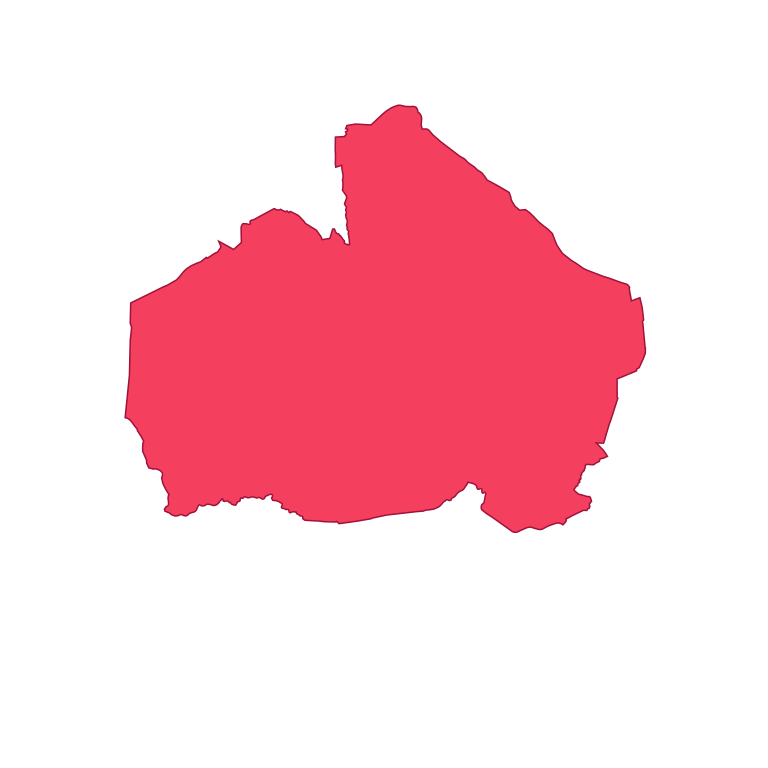 Jacona, Michoacán, Mexico, rotated 138°
{"feature_id": "50627088B36086667335144", "entity_name": "Jacona", "entity_type": "district", "adm_level": 2, "iso_a3": "MEX", "parent_name": "Mexico", "parent_adm1": "Michoacán", "projection": "mercator", "projection_center": [-102.302, 19.941], "detail": "fine", "context": "isolated", "style": "filled", "palette": "rose", "viewbox_px": 768, "rotation_deg": 138, "n_neighbors": 0, "source": "geoboundaries", "source_scale": "gbopen_adm2", "svg_char_len": 6159}
<svg xmlns="http://www.w3.org/2000/svg" viewBox="0 0 768 768"><g transform="rotate(138 384 384)"><path d="M165.8,235.7L166.0,235.8L151.1,255.8L150.4,257.3L148.2,257.9L140.8,268.3L136.1,276.9L144.5,280.2L138.0,290.7L136.9,291.3L136.5,293.4L136.6,294.9L136.9,295.9L140.1,301.1L145.5,311.3L149.2,317.5L156.9,332.6L158.5,336.5L160.4,344.9L162.0,350.3L164.0,361.5L162.7,371.0L161.3,375.2L158.2,383.2L158.6,389.4L159.7,395.1L160.6,401.4L160.8,408.7L161.2,414.3L162.2,419.0L166.9,422.4L167.7,428.6L166.8,433.6L165.7,436.9L165.0,437.4L162.8,442.6L166.5,454.3L170.9,466.6L170.3,470.5L170.0,475.6L171.4,480.8L171.7,485.2L173.4,492.0L173.5,497.2L175.4,503.0L179.7,525.9L181.0,536.7L180.8,542.7L181.5,544.8L185.0,547.9L183.1,551.6L178.6,555.8L177.2,557.8L176.6,559.9L176.5,562.1L176.9,563.1L175.3,566.0L175.0,568.4L176.8,571.0L178.7,572.4L181.9,575.5L182.8,576.5L185.1,579.9L186.8,581.6L191.2,583.5L194.5,584.5L199.5,585.3L204.1,585.5L220.3,585.2L231.3,596.3L238.6,600.9L241.7,599.4L240.5,597.7L241.8,596.8L243.9,597.1L244.7,594.8L247.6,594.5L247.7,594.3L254.9,600.0L263.6,590.6L267.3,586.1L272.9,580.1L274.8,577.4L269.1,574.8L271.3,572.1L274.1,567.6L274.3,567.0L276.6,564.5L278.3,563.5L279.7,561.2L282.9,557.7L285.2,555.8L286.1,549.0L287.2,547.3L291.8,544.9L293.0,544.0L293.6,540.5L295.9,539.1L297.1,536.6L299.2,535.5L301.3,532.3L301.5,530.7L301.8,530.2L303.7,528.3L305.6,527.1L306.2,525.3L307.1,524.7L307.9,523.5L308.1,522.9L308.1,521.1L310.2,519.5L310.7,518.3L313.6,514.1L315.9,511.3L316.0,510.8L316.4,510.8L317.4,511.3L317.7,511.6L317.9,512.6L318.5,513.0L319.0,514.0L319.2,515.4L318.3,515.9L317.7,516.9L317.7,518.8L317.2,522.7L317.2,523.6L317.6,524.2L317.2,525.8L318.2,527.2L318.3,529.1L317.1,532.4L318.5,533.5L326.8,528.4L333.4,532.7L332.3,535.3L331.3,543.5L335.0,556.1L334.6,558.4L334.8,565.3L335.1,567.3L338.1,574.9L340.1,575.1L340.1,577.1L340.3,577.5L340.7,577.8L341.7,577.7L343.0,580.3L344.0,583.1L345.2,583.3L346.6,584.5L347.5,585.7L347.8,587.0L348.4,587.9L371.2,593.4L372.8,594.4L374.0,594.6L374.8,594.5L376.0,592.5L376.4,592.4L377.6,593.0L379.5,595.7L381.4,597.4L382.1,597.5L384.4,596.7L385.8,595.6L395.3,584.6L405.7,584.6L411.3,600.7L413.3,595.1L414.5,594.6L419.3,593.4L421.9,594.3L431.0,595.7L431.3,597.0L438.6,597.5L441.9,598.9L448.2,600.9L453.4,601.7L457.7,601.6L464.0,600.6L468.6,600.2L479.0,602.4L483.2,603.9L518.0,613.7L532.1,598.8L532.9,596.6L534.0,594.6L542.9,586.7L567.7,560.5L598.9,532.2L597.5,530.0L596.9,527.6L596.9,524.5L597.4,520.0L597.6,515.7L598.5,514.3L599.5,507.7L601.0,502.0L602.7,501.4L605.8,498.4L608.4,495.4L611.4,486.4L613.3,484.1L614.9,479.0L612.3,475.1L610.3,473.6L608.7,470.6L608.1,468.6L608.2,466.3L609.5,464.5L612.0,463.1L614.8,458.3L616.6,452.2L617.8,445.9L617.7,445.8L617.9,445.6L618.2,445.8L620.9,443.7L623.8,439.6L625.3,438.3L626.2,438.1L628.3,438.7L629.4,438.2L630.9,438.0L631.9,436.0L631.1,434.7L630.7,433.4L629.9,432.2L629.3,428.9L627.6,425.7L626.8,425.0L624.9,423.8L623.3,423.4L622.1,422.6L621.6,422.1L620.9,420.3L620.0,419.0L618.7,418.1L617.2,417.9L615.1,418.0L613.0,417.1L611.0,416.0L609.5,415.7L607.4,416.0L603.5,417.8L602.3,417.9L601.9,417.7L601.1,415.4L599.5,414.1L598.8,413.7L596.5,413.3L595.5,412.7L593.7,410.7L592.2,407.9L590.3,406.6L588.6,406.2L585.9,406.2L584.8,406.8L582.6,406.7L581.3,407.1L580.7,406.2L581.8,404.7L581.6,404.1L581.0,403.4L578.8,402.2L578.5,401.7L578.3,401.1L578.3,399.4L578.0,399.3L577.6,398.7L577.6,396.7L577.2,395.6L575.6,393.4L574.7,393.3L571.7,394.4L571.2,394.4L570.2,393.6L569.2,393.5L568.7,393.7L567.8,394.9L567.3,395.0L566.6,394.9L565.9,393.9L565.1,393.5L563.1,393.5L562.4,392.7L561.6,391.0L561.0,390.3L559.6,389.3L558.5,389.0L557.9,388.6L556.4,387.1L554.9,384.4L553.5,383.9L552.4,382.9L551.4,379.7L550.3,379.1L549.6,379.0L549.1,379.1L547.5,379.8L544.6,379.0L542.0,377.9L541.3,377.2L541.4,375.7L542.5,374.9L543.9,374.5L544.6,372.1L542.1,369.3L540.7,366.4L540.1,364.3L539.8,363.9L539.8,363.0L540.8,362.2L542.2,361.5L542.8,360.9L542.9,360.4L542.8,359.8L541.5,358.1L540.9,356.3L539.4,355.2L539.1,354.6L539.3,353.7L540.3,352.0L540.1,351.3L539.1,350.7L537.7,350.4L536.7,349.6L535.7,348.3L535.0,347.9L535.4,346.9L535.6,345.8L534.7,343.5L534.7,342.4L534.5,341.9L533.3,340.8L533.2,340.3L533.4,339.4L534.5,338.2L534.1,336.1L533.7,335.4L528.6,330.2L527.9,329.8L527.4,328.9L524.9,326.6L520.1,321.2L512.5,314.0L512.0,313.7L511.4,313.8L510.8,311.3L510.9,310.3L495.2,299.7L483.4,292.3L482.8,292.4L469.8,284.9L445.4,267.5L439.9,263.3L437.2,262.2L434.6,260.2L430.5,257.6L425.7,256.1L423.2,255.9L419.6,256.4L417.6,256.4L416.8,256.1L414.9,256.2L414.3,255.6L413.8,254.1L413.4,253.6L413.1,253.3L412.0,252.9L409.9,253.8L407.6,253.1L406.4,253.0L403.2,253.6L401.5,253.7L399.7,253.5L396.2,252.5L394.7,252.6L392.2,253.4L390.5,253.6L388.1,254.4L387.4,254.4L387.6,254.7L387.4,254.8L386.6,253.8L383.9,249.5L383.5,248.0L383.4,246.8L383.7,245.8L384.6,244.1L384.7,243.0L384.2,242.5L382.1,241.5L381.7,240.8L381.8,240.3L383.5,238.4L383.8,237.1L383.6,236.7L381.7,236.1L381.3,235.5L381.4,235.1L381.6,234.6L382.5,233.9L389.2,228.9L391.8,228.9L393.1,228.4L394.8,226.8L395.5,225.1L394.5,219.2L392.6,212.0L387.4,188.6L386.9,187.4L386.1,186.4L384.8,185.2L382.9,184.4L380.9,183.9L374.8,181.9L373.1,181.2L371.5,180.2L370.5,179.1L368.1,175.1L365.9,171.8L364.3,170.6L362.7,170.0L359.6,169.3L356.3,168.3L349.7,165.6L347.9,164.5L346.8,163.3L345.8,161.6L345.2,159.6L340.9,160.0L339.4,161.1L338.8,162.1L337.5,161.4L332.3,160.2L320.3,156.7L317.9,154.3L315.7,154.9L314.8,154.3L313.0,155.1L311.8,157.5L310.7,157.5L309.4,157.9L308.4,157.8L306.8,160.9L306.5,162.7L308.5,164.7L311.8,170.2L313.2,171.9L313.7,176.6L313.7,178.4L312.9,178.7L310.8,178.9L309.6,179.6L308.1,178.8L306.2,180.4L304.7,180.0L304.2,180.1L303.6,180.8L303.8,181.7L302.3,182.3L301.8,181.5L300.7,182.2L299.3,184.3L298.5,184.4L297.9,184.2L296.9,185.5L292.4,185.8L293.1,186.1L291.1,186.8L289.4,188.5L287.4,188.9L282.5,183.9L280.9,183.5L279.6,183.5L275.8,182.4L273.8,183.6L272.7,183.4L270.9,182.2L266.4,180.7L265.8,183.6L265.3,188.1L265.7,198.2L260.4,193.1L257.0,195.0L256.1,195.7L243.2,203.6L240.7,204.8L219.7,217.0L219.7,218.0L207.4,231.8L187.5,224.8L186.6,226.0L183.4,225.4L174.2,229.4L169.1,232.1L165.8,235.7Z" fill="#f43f5e" stroke="#9f1239" stroke-width="1.5"/></g></svg>